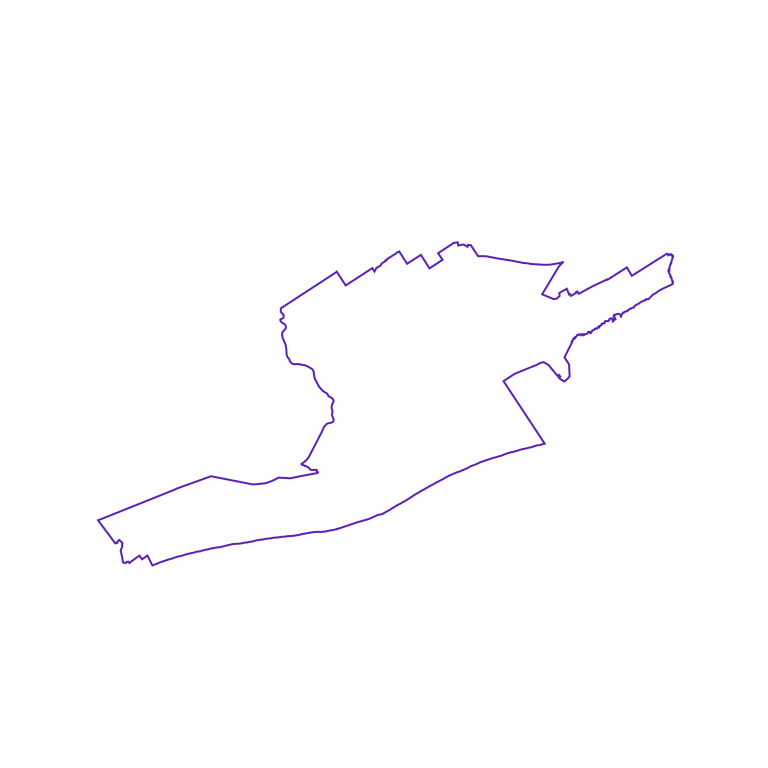 Nīcas pag., Nicas, Latvia, rotated 250°
{"feature_id": "27541924B8450529664693", "entity_name": "Nīcas pag.", "entity_type": "district", "adm_level": 2, "iso_a3": "LVA", "parent_name": "Latvia", "parent_adm1": "Nicas", "projection": "mercator", "projection_center": [21.017, 56.321], "detail": "fine", "context": "isolated", "style": "outline", "palette": "violet", "viewbox_px": 768, "rotation_deg": 250, "n_neighbors": 0, "source": "geoboundaries", "source_scale": "gbopen_adm2", "svg_char_len": 6141}
<svg xmlns="http://www.w3.org/2000/svg" viewBox="0 0 768 768"><g transform="rotate(250 384 384)"><path d="M490.4,312.9L487.1,311.7L483.4,313.3L481.6,312.7L480.5,312.0L480.4,311.6L480.2,310.7L480.4,310.1L480.0,308.6L478.8,308.3L476.3,309.2L474.2,311.1L473.5,311.4L471.2,311.4L469.7,310.5L468.2,307.6L467.4,306.4L466.4,305.5L462.2,304.5L454.6,305.0L450.4,304.2L444.4,302.4L442.5,302.5L439.6,303.5L437.9,303.3L436.6,303.7L434.6,304.6L433.4,306.1L432.3,309.6L431.3,311.3L431.4,311.8L429.7,313.9L429.1,315.5L426.3,318.6L422.3,321.8L419.1,322.2L417.7,321.5L412.6,320.8L403.8,322.0L398.2,324.3L394.4,327.3L392.2,327.6L391.0,328.2L388.2,330.6L385.6,330.9L384.4,330.3L382.5,328.2L380.8,327.1L378.4,326.4L375.9,326.3L372.4,324.4L367.7,324.6L366.1,323.5L365.7,322.1L365.7,321.1L366.2,317.7L366.1,316.5L364.4,313.2L360.2,309.1L341.1,288.4L339.2,285.4L338.3,283.2L337.0,279.0L336.3,279.1L334.8,281.1L334.0,281.5L333.9,282.1L331.9,284.1L330.7,284.9L328.8,285.4L328.1,286.4L326.3,291.3L324.8,291.0L323.6,291.7L323.3,291.6L323.3,289.9L323.8,286.9L325.7,275.5L327.5,263.6L332.1,252.9L331.6,249.5L331.2,245.6L331.2,238.9L333.8,228.6L334.7,226.0L356.5,189.9L356.6,153.5L356.3,150.8L353.7,68.7L326.1,77.0L326.0,79.0L326.6,78.9L327.2,79.8L327.9,82.0L324.3,83.7L323.2,83.6L321.9,82.5L321.0,82.5L320.1,82.1L318.6,80.4L317.4,79.5L311.2,78.8L306.3,77.8L305.0,78.1L304.2,80.7L304.8,81.4L304.6,82.6L304.5,83.0L302.9,83.5L303.2,84.5L303.3,84.5L306.4,95.4L302.0,96.7L303.7,103.0L292.7,104.3L292.7,108.8L293.0,111.7L292.8,121.2L292.4,125.5L292.6,127.7L292.4,129.2L292.3,131.9L291.9,133.6L291.7,136.2L291.6,140.5L290.6,147.7L290.5,150.2L289.9,153.4L289.6,153.8L289.6,157.0L288.6,163.7L288.6,165.8L288.1,167.2L287.8,170.0L286.7,174.4L286.4,177.8L286.2,178.7L286.2,179.5L285.3,187.3L283.4,193.7L283.2,194.8L282.9,195.5L283.0,196.8L282.6,198.0L282.7,198.5L282.4,199.7L281.9,200.9L281.8,201.5L281.9,201.9L280.8,208.3L280.8,210.4L280.2,212.6L280.3,213.2L279.3,217.0L278.8,220.6L277.7,224.9L277.1,228.6L276.0,232.0L276.1,232.4L275.6,234.2L275.6,235.1L274.6,238.1L273.8,242.0L272.3,246.9L272.2,248.2L271.8,249.5L271.9,249.8L271.3,251.5L271.1,255.1L269.2,265.9L267.6,271.8L266.6,273.8L265.3,279.1L265.4,279.3L265.2,281.1L264.0,287.4L263.8,289.6L264.0,289.7L263.9,291.0L263.7,291.0L263.2,311.3L262.3,323.7L263.0,332.4L262.9,334.5L262.5,336.7L262.4,338.9L262.7,339.5L262.8,340.8L263.0,341.4L263.7,346.5L264.2,347.9L264.6,350.4L265.5,354.3L265.6,355.9L265.8,356.5L265.9,358.1L266.6,361.7L266.7,363.5L267.2,365.0L267.8,368.9L268.1,369.3L268.6,371.9L269.6,375.8L270.2,379.6L270.8,381.8L270.9,383.0L271.2,384.9L271.1,385.5L271.7,387.5L271.7,388.3L272.7,393.7L272.8,395.5L273.4,398.4L273.7,401.3L274.3,405.5L274.4,406.7L274.5,406.9L274.8,408.9L275.0,409.5L275.0,410.3L275.6,413.9L275.6,415.1L275.8,416.0L275.7,417.0L276.0,418.6L275.9,420.6L276.1,421.6L275.9,425.6L276.2,427.9L276.0,429.3L276.3,430.3L276.2,430.9L276.6,435.1L277.0,436.9L277.1,443.0L277.6,448.4L277.4,451.1L277.5,453.6L277.3,454.6L277.4,455.8L277.2,457.8L277.3,459.9L276.9,464.4L276.5,470.4L276.7,472.9L276.5,474.0L276.7,475.9L276.4,478.5L276.5,480.3L276.0,481.6L276.1,483.1L275.8,484.6L275.5,491.4L274.8,495.4L274.7,497.8L274.1,501.2L274.2,504.0L273.9,507.2L273.4,509.1L273.0,514.6L345.8,497.3L348.9,510.3L349.8,534.9L350.4,537.9L349.9,541.5L345.5,545.1L332.4,549.8L332.9,551.4L330.7,552.2L330.3,550.5L328.0,551.6L326.0,553.1L326.0,553.4L324.8,554.0L324.9,555.2L326.4,558.9L327.6,561.0L339.1,564.6L347.3,562.7L358.9,575.0L359.9,574.9L360.2,575.5L360.2,576.2L361.1,577.3L361.8,577.3L361.6,579.0L362.4,579.0L362.6,579.3L362.8,579.6L362.6,580.6L363.9,582.3L363.9,583.1L363.6,583.5L364.0,584.0L363.9,584.7L362.5,585.6L363.2,586.5L362.8,587.6L361.7,587.6L361.5,588.3L361.5,588.7L362.4,589.0L361.7,590.9L361.7,592.0L362.2,592.5L363.1,594.1L362.6,595.1L361.8,594.8L361.3,595.3L361.1,595.8L362.4,597.1L362.3,597.5L363.0,598.3L363.1,600.0L363.7,600.8L363.4,601.4L363.8,601.8L363.8,602.4L363.1,603.4L364.7,605.3L364.5,605.7L364.0,605.9L364.8,606.4L364.8,607.7L365.1,607.9L365.4,609.1L365.9,609.2L365.7,609.7L366.2,610.6L365.6,612.0L367.4,613.3L367.3,614.0L366.4,616.2L366.6,617.0L367.0,617.6L367.8,617.8L368.1,618.3L368.0,620.2L367.7,620.6L364.5,620.5L365.0,621.7L365.5,622.2L365.6,623.2L366.6,622.6L367.0,622.7L367.1,623.7L369.2,622.9L370.1,623.6L370.1,624.3L370.2,624.7L369.8,625.1L370.1,627.6L369.4,628.9L367.6,630.0L365.4,629.4L368.3,631.2L369.0,632.7L369.3,633.0L369.0,633.8L369.6,634.7L369.4,635.2L369.5,635.8L369.5,636.8L369.3,637.2L369.5,637.5L369.3,637.8L369.8,638.2L370.6,641.1L370.3,641.4L370.6,642.7L370.7,644.6L370.4,644.9L371.1,645.5L371.9,647.0L372.4,651.1L373.0,652.5L373.4,655.1L373.3,656.5L373.7,657.7L373.3,658.6L374.1,659.5L373.2,661.6L376.1,667.3L376.1,668.2L376.8,671.9L377.6,674.0L377.7,675.3L378.1,677.2L379.1,688.5L379.1,689.4L379.5,689.8L380.9,689.8L381.2,690.5L381.7,690.6L382.2,690.2L386.3,690.2L386.7,689.8L387.3,690.0L387.2,690.2L387.9,690.0L388.8,690.4L389.8,689.9L392.0,690.0L392.2,690.3L392.7,689.8L393.5,690.4L393.5,690.7L394.2,690.7L394.3,691.0L394.2,691.5L395.0,691.6L397.3,693.1L398.6,694.4L398.9,695.0L399.3,694.8L403.2,697.9L404.9,698.8L404.7,699.2L405.0,699.3L405.7,698.7L406.2,699.1L406.7,699.0L406.9,698.4L407.8,698.1L407.8,697.6L407.5,697.4L408.1,696.9L408.1,696.2L407.7,695.7L407.8,695.2L408.3,695.5L408.5,695.1L409.4,695.0L409.7,694.3L400.9,653.9L410.5,652.1L405.5,629.8L406.0,629.6L404.5,613.6L402.2,598.0L404.9,597.3L404.5,595.5L403.9,595.6L402.8,589.9L405.2,589.4L405.6,588.9L405.3,588.5L411.0,588.3L409.6,580.0L406.6,579.0L405.8,577.0L405.2,576.0L405.2,574.9L405.5,573.4L405.9,572.3L414.2,563.3L434.2,588.0L435.9,590.7L437.4,594.5L437.5,590.8L439.3,580.9L441.1,575.6L442.9,571.4L446.4,563.4L448.1,560.5L450.1,556.3L456.1,546.4L462.6,534.6L469.1,523.7L472.0,516.1L485.0,513.0L485.0,512.3L486.0,510.6L484.3,509.3L487.9,506.5L488.7,501.1L491.9,501.7L492.7,497.8L488.4,479.6L480.7,481.5L477.1,466.3L492.7,462.8L489.1,446.8L503.4,443.6L502.9,440.2L502.4,439.5L501.8,436.1L499.8,428.0L499.2,428.2L498.1,423.2L496.5,421.2L496.2,420.4L495.7,416.6L492.9,413.5L496.9,412.7L489.7,381.7L505.7,378.0L505.5,377.7L503.5,369.2L490.4,312.9Z" fill="none" stroke="#5b21b6" stroke-width="2"/></g></svg>